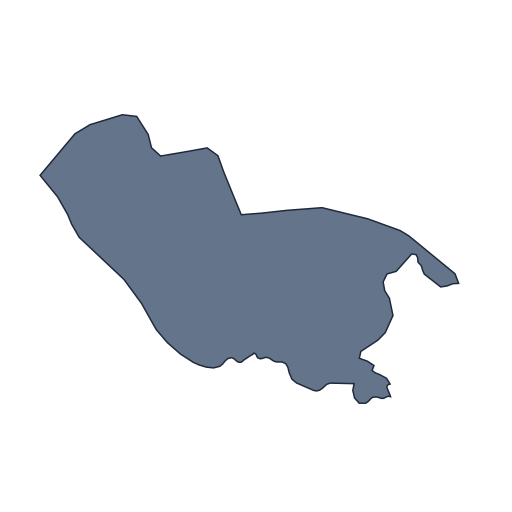 SVG path tracing the border of Rukwa, rotated 346°
{"feature_id": "TZA-3336", "entity_name": "Rukwa", "entity_type": "Region", "adm_level": 1, "iso_a3": "TZA", "parent_name": "United Republic of Tanzania", "parent_adm1": "", "projection": "orthographic", "projection_center": [31.645, -7.987], "detail": "fine", "context": "isolated", "style": "filled", "palette": "slate", "viewbox_px": 512, "rotation_deg": 346, "n_neighbors": 0, "source": "natural_earth", "source_scale": "10m", "svg_char_len": 1614}
<svg xmlns="http://www.w3.org/2000/svg" viewBox="0 0 512 512"><g transform="rotate(346 256 256)"><path d="M137.3,288.4L133.5,274.4L122.2,246.8L89.0,195.2L84.8,180.5L83.3,170.2L77.8,150.6L66.0,125.5L109.9,93.6L126.7,88.4L160.5,86.6L174.0,91.7L180.8,112.1L180.8,125.7L187.6,135.9L209.5,137.6L234.8,139.3L243.3,149.5L245.0,166.5L248.4,190.3L251.7,212.4L272.0,215.8L297.2,219.2L331.8,225.1L373.3,246.9L402.0,266.2L409.2,273.5L444.8,321.4L446.0,331.6L440.2,330.5L434.2,331.3L427.7,330.7L414.9,314.3L414.2,309.8L414.0,305.2L411.7,301.3L412.4,296.6L411.7,293.5L407.7,291.6L388.3,304.8L378.8,305.1L373.1,311.9L372.5,320.8L375.2,329.3L374.5,346.9L362.9,361.6L354.0,367.1L334.7,373.9L331.5,380.2L338.6,385.0L344.0,390.8L340.9,395.2L343.6,398.3L347.1,400.8L353.1,406.3L355.1,412.7L352.6,412.9L351.1,414.8L352.5,424.1L352.5,425.1L350.7,424.2L349.3,424.1L346.3,424.8L344.9,424.9L343.3,424.5L338.9,421.9L334.9,421.3L332.5,422.4L330.2,424.0L327.0,425.4L320.5,423.8L317.3,417.6L317.4,409.9L320.3,403.6L297.3,397.3L293.7,397.6L288.4,400.4L285.3,401.6L282.2,401.6L279.6,400.5L264.7,389.1L261.1,384.3L260.0,377.6L260.0,371.8L258.9,367.8L255.8,365.2L249.9,363.6L247.5,362.0L244.1,358.2L241.7,356.9L239.4,356.7L237.3,356.9L235.3,356.8L233.2,355.4L232.7,354.3L232.2,351.5L231.6,350.5L230.2,349.7L229.8,349.9L229.4,350.5L228.3,350.9L226.5,351.3L218.5,354.2L217.3,355.0L216.0,355.4L214.0,355.1L212.3,353.9L209.4,349.9L207.6,348.7L203.9,348.7L200.6,350.4L197.5,352.7L194.2,354.3L187.7,354.3L180.9,351.8L174.5,348.0L169.4,344.0L159.0,332.9L149.1,318.7L141.4,303.3L137.3,288.4Z" fill="#64748b" stroke="#1e293b" stroke-width="1.5"/></g></svg>